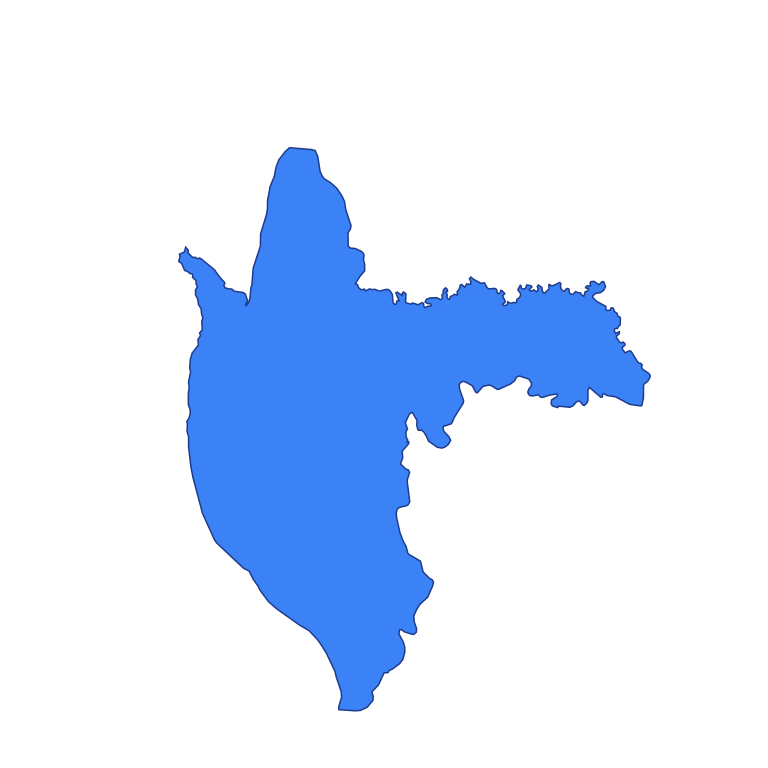 outline of Melgar, Tolima, Colombia, rotated 142°
{"feature_id": "7082276B7628947847785", "entity_name": "Melgar", "entity_type": "district", "adm_level": 2, "iso_a3": "COL", "parent_name": "Colombia", "parent_adm1": "Tolima", "projection": "natural_earth1", "projection_center": [-74.673, 4.184], "detail": "fine", "context": "isolated", "style": "filled", "palette": "blue", "viewbox_px": 768, "rotation_deg": 142, "n_neighbors": 0, "source": "geoboundaries", "source_scale": "gbopen_adm2", "svg_char_len": 6159}
<svg xmlns="http://www.w3.org/2000/svg" viewBox="0 0 768 768"><g transform="rotate(142 384 384)"><path d="M203.0,216.8L195.1,208.5L194.0,208.4L188.2,213.2L180.3,223.2L179.0,223.8L174.3,223.8L170.2,225.5L169.0,226.9L168.9,229.6L171.0,236.0L170.9,238.4L168.9,240.0L169.0,242.3L170.3,243.6L170.5,245.5L169.2,257.7L170.2,259.1L174.8,260.1L174.7,264.9L173.6,266.1L170.4,266.2L169.4,267.2L169.7,269.8L172.0,270.5L172.5,271.8L172.2,277.5L171.2,278.7L167.7,278.7L166.4,280.2L170.3,281.5L169.9,283.9L168.4,285.3L167.0,285.1L166.0,284.0L163.7,285.1L161.5,285.1L156.8,290.9L157.9,293.7L156.9,296.0L157.8,299.6L156.8,301.7L156.9,303.4L158.4,304.1L160.4,302.9L163.0,304.7L163.3,306.2L161.7,308.1L161.6,309.1L165.6,318.2L166.2,323.5L165.3,324.8L162.0,325.3L157.3,322.8L153.6,322.5L149.5,324.3L147.9,329.1L148.9,330.4L153.5,329.9L155.4,335.7L158.1,337.3L160.0,336.1L160.7,334.2L161.6,334.3L163.4,336.4L165.6,336.1L165.7,334.9L164.3,333.8L164.6,332.6L166.5,332.0L168.6,332.9L172.5,330.1L173.4,332.2L173.1,334.9L174.9,336.5L176.1,338.9L179.8,338.3L181.6,340.1L181.6,342.2L179.8,344.8L180.3,346.1L181.6,346.7L185.0,346.2L185.8,347.3L185.9,349.9L184.4,352.9L182.9,354.0L183.0,355.8L190.3,357.4L191.9,358.7L192.3,360.5L193.2,360.6L195.4,357.3L201.3,356.8L202.0,357.4L202.1,359.6L200.1,362.8L201.4,366.9L203.0,366.6L204.6,363.2L207.0,362.8L207.9,365.8L210.9,366.7L211.7,367.6L211.5,368.9L207.6,369.4L207.7,371.0L210.6,374.2L213.5,372.3L215.9,372.9L216.7,375.0L215.5,377.2L215.9,377.9L220.5,375.9L220.7,371.5L221.7,369.9L223.7,368.8L227.2,368.8L229.5,366.8L230.5,367.0L231.6,368.5L234.6,369.6L235.9,372.6L237.8,370.7L240.3,371.1L241.4,372.5L241.4,374.0L238.8,373.7L237.6,374.4L236.1,380.8L233.6,380.6L233.1,381.1L233.6,385.0L234.4,385.9L235.7,384.6L238.3,384.7L238.6,386.6L237.4,388.1L237.2,390.0L238.1,391.4L243.0,394.5L243.4,396.8L242.5,401.9L244.8,403.0L246.0,404.5L249.0,411.6L249.7,414.8L251.9,414.4L252.6,411.1L254.3,409.3L257.4,412.0L260.7,410.4L261.6,414.7L263.0,415.0L266.0,412.6L269.5,411.7L271.4,409.0L273.6,411.5L275.6,411.3L277.4,412.1L280.7,410.5L281.3,411.5L281.0,413.6L279.2,415.4L278.5,418.4L276.9,417.9L275.9,419.4L276.2,421.8L278.0,421.9L280.4,420.8L281.0,419.1L283.1,418.8L285.5,415.6L286.7,415.2L287.6,415.9L289.2,419.5L294.4,423.3L298.4,424.7L301.1,423.3L300.2,420.6L298.1,418.7L297.9,417.1L299.4,416.6L300.9,417.9L304.7,419.2L304.8,420.6L303.3,423.2L303.9,424.7L308.4,425.5L311.2,429.7L312.0,430.4L313.5,430.2L316.2,433.7L316.5,435.4L311.2,441.5L311.9,444.5L313.4,444.4L315.2,442.7L317.0,448.2L318.5,448.6L320.8,440.4L322.6,441.5L325.4,439.4L326.7,440.5L326.9,442.4L322.3,449.4L321.9,453.6L322.4,455.8L324.2,457.3L330.6,460.1L332.7,464.0L335.4,465.9L337.0,467.9L341.1,468.7L341.1,471.0L343.7,471.9L344.3,473.6L344.7,475.8L343.7,478.5L344.9,480.6L337.0,483.5L329.5,485.1L325.5,490.3L323.5,494.8L320.5,497.6L319.8,499.6L320.1,502.4L323.3,508.6L326.7,511.6L327.4,514.6L319.2,525.3L315.2,526.7L312.5,529.0L306.8,544.8L302.7,552.3L301.3,558.6L300.7,567.4L302.1,575.3L304.7,582.5L304.7,585.9L303.4,591.0L296.2,603.9L294.5,610.3L296.8,613.4L313.0,628.4L318.6,628.0L328.9,625.4L335.6,621.3L342.7,615.1L351.9,609.9L362.7,600.4L368.0,593.8L372.1,590.0L388.8,578.3L396.5,568.8L415.8,555.8L427.4,543.1L429.5,541.9L437.4,533.6L439.9,531.9L443.9,530.6L444.5,530.8L444.2,531.7L440.2,533.7L437.9,540.3L438.5,542.6L444.8,549.3L445.5,552.7L447.0,553.7L450.0,557.5L449.5,560.4L447.5,561.2L447.1,562.2L447.7,568.9L447.3,578.4L450.9,594.8L451.7,596.8L453.6,597.2L454.9,600.3L456.8,601.3L457.7,607.9L455.9,609.9L456.0,613.9L460.1,610.9L465.2,612.3L466.2,610.2L470.3,606.9L469.2,603.7L471.2,596.2L469.5,593.6L469.0,590.8L467.5,588.7L467.7,587.2L469.2,585.9L468.4,581.1L470.4,578.8L471.1,575.5L474.8,574.0L477.6,570.3L478.5,565.6L481.3,560.8L481.7,556.1L484.5,551.7L486.2,547.5L489.2,545.4L493.7,538.7L498.0,537.7L498.8,535.1L503.3,533.6L506.3,529.0L516.3,526.4L521.5,522.6L527.4,516.1L528.7,512.9L537.0,505.7L539.3,501.7L544.2,496.8L550.7,488.5L552.7,483.0L554.6,480.3L558.6,477.2L562.5,475.8L563.4,473.7L568.4,467.9L570.3,463.0L576.6,454.9L587.3,437.4L592.2,427.7L606.7,393.7L613.5,365.5L613.7,361.7L608.2,325.6L605.5,319.6L607.3,310.6L607.7,302.1L608.7,297.5L609.0,283.3L606.9,272.5L598.8,245.5L594.9,235.8L593.8,223.4L594.1,217.0L595.1,207.5L599.5,188.0L602.1,182.2L607.2,167.8L610.1,163.5L618.2,157.6L620.1,155.2L607.9,144.2L603.6,141.3L596.3,139.6L587.5,141.5L584.9,144.3L583.3,148.3L582.3,149.0L573.8,150.2L561.6,156.4L559.2,154.4L558.0,154.2L556.3,155.1L552.8,154.2L544.1,154.0L538.8,155.3L532.9,159.7L529.7,163.8L527.7,168.7L526.1,177.9L523.0,180.7L521.6,179.9L520.5,176.1L515.5,168.9L514.2,168.3L511.4,168.5L508.9,171.2L506.6,177.9L503.4,182.8L497.1,186.2L491.2,188.3L480.8,189.1L470.2,194.8L467.1,197.2L466.5,199.9L467.9,203.3L468.9,211.8L464.3,221.9L469.4,234.5L469.3,236.1L466.6,242.4L465.6,248.4L462.9,257.2L456.0,271.6L453.4,275.2L450.2,277.4L447.4,277.1L441.4,274.3L439.4,274.0L436.2,275.3L426.0,292.5L424.3,294.4L418.3,298.5L417.7,301.3L419.3,303.9L420.2,310.8L414.7,314.3L411.0,319.9L401.3,321.8L400.1,323.3L401.6,324.2L399.9,325.1L399.0,328.9L396.0,333.0L393.3,333.9L391.0,340.4L383.2,344.4L380.7,344.8L379.2,343.9L380.4,335.0L383.8,331.0L385.3,327.3L385.3,326.1L382.9,324.6L382.2,321.6L382.7,316.9L384.1,311.5L381.0,301.4L377.8,297.8L374.9,296.8L370.3,296.8L366.1,298.6L365.3,302.7L366.0,309.6L364.4,313.3L363.2,314.0L355.3,311.2L348.3,314.7L333.3,320.2L331.5,321.9L327.7,333.0L325.4,337.1L322.8,337.9L320.9,337.7L319.8,337.2L318.0,334.3L315.5,328.2L316.7,321.6L316.7,320.5L315.7,319.6L307.4,321.2L302.1,318.6L300.7,317.3L298.1,310.2L297.2,309.3L284.3,306.1L279.1,306.1L275.2,307.9L272.3,306.9L266.9,298.8L267.3,293.8L269.3,291.6L272.2,291.1L275.2,289.5L276.3,287.7L276.3,285.2L274.1,283.0L269.1,280.5L268.7,277.4L267.2,275.8L260.4,273.3L253.9,269.7L254.3,268.1L255.3,267.7L261.6,268.3L264.1,266.0L264.8,264.4L264.5,262.6L262.0,258.9L261.3,258.4L260.5,259.3L259.9,258.9L251.8,251.2L248.4,250.4L243.8,251.4L241.0,250.7L240.3,249.9L240.2,244.7L239.1,243.7L235.4,244.3L233.4,245.5L227.2,253.4L225.5,254.5L224.2,254.6L221.3,240.0L220.0,239.3L218.1,241.3L216.9,241.3L215.3,237.6L209.4,231.3L203.0,216.8Z" fill="#3b82f6" stroke="#1e3a8a" stroke-width="1.5"/></g></svg>